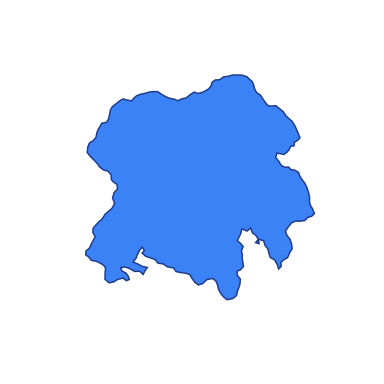 the district of Piedade do Rio Grande, Minas Gerais, Brazil, rotated 311°
{"feature_id": "56859067B43663283125641", "entity_name": "Piedade do Rio Grande", "entity_type": "district", "adm_level": 2, "iso_a3": "BRA", "parent_name": "Brazil", "parent_adm1": "Minas Gerais", "projection": "orthographic", "projection_center": [-44.166, -21.486], "detail": "fine", "context": "isolated", "style": "filled", "palette": "blue", "viewbox_px": 384, "rotation_deg": 311, "n_neighbors": 0, "source": "geoboundaries", "source_scale": "gbopen_adm2", "svg_char_len": 2945}
<svg xmlns="http://www.w3.org/2000/svg" viewBox="0 0 384 384"><g transform="rotate(311 192 192)"><path d="M138.4,292.7L143.3,293.5L146.6,291.5L149.7,290.4L153.8,288.7L158.0,285.6L158.9,280.6L162.0,278.0L165.1,279.7L169.6,279.7L172.7,276.0L175.0,273.2L177.5,271.4L180.1,267.8L184.4,266.4L185.1,262.1L185.0,258.0L188.5,257.2L192.7,256.0L197.0,253.9L198.6,259.1L203.3,260.0L200.8,264.4L201.1,268.9L199.8,273.2L202.3,278.0L199.7,282.0L198.8,286.7L196.3,290.1L193.9,294.0L195.0,298.8L193.0,304.3L190.8,307.9L194.3,308.1L197.1,305.4L200.5,305.5L205.1,307.2L210.4,305.5L214.9,304.8L218.0,301.3L220.5,297.4L221.5,292.3L223.6,288.3L228.1,287.6L234.0,287.4L237.7,289.0L240.8,292.6L244.4,295.8L248.8,296.1L252.2,298.2L256.0,298.6L258.3,294.2L259.8,289.7L261.8,286.9L264.9,284.5L267.6,280.9L270.6,276.1L272.6,271.4L273.7,266.3L274.7,263.0L276.6,259.7L276.0,255.6L273.8,251.9L274.2,248.5L271.6,245.8L270.6,241.9L272.1,237.4L272.9,232.6L276.9,230.5L279.0,233.7L280.6,236.7L284.7,237.6L288.1,237.5L291.1,236.4L293.8,238.7L296.5,236.7L300.3,237.8L303.7,238.0L306.7,232.1L309.2,226.8L311.0,221.4L311.0,217.8L311.1,212.9L312.5,208.1L312.3,203.3L312.1,198.5L308.8,195.5L307.0,192.7L307.7,188.4L308.9,183.9L310.0,180.0L309.4,175.5L311.2,171.1L313.2,168.3L314.8,165.2L314.8,161.7L315.0,157.8L313.0,153.0L309.6,148.9L306.7,145.7L303.2,143.5L299.6,140.3L294.8,139.2L291.8,136.0L287.8,135.2L284.9,136.7L281.3,137.0L278.3,136.2L274.1,134.5L270.2,131.8L268.8,128.1L264.5,126.8L259.1,125.9L255.8,123.3L251.5,121.3L250.3,117.4L248.0,113.6L246.8,110.1L246.0,106.2L245.2,100.1L241.5,96.0L238.9,93.9L235.5,91.7L231.9,89.0L228.1,87.0L224.1,86.5L221.0,86.6L218.8,82.5L216.9,78.8L212.6,77.5L207.6,76.6L204.1,75.9L200.4,76.6L196.3,79.0L192.0,81.3L188.1,81.6L184.8,78.8L181.6,79.5L178.4,80.0L174.8,81.1L170.0,83.8L165.5,83.6L161.9,82.4L157.6,83.8L153.1,87.0L152.1,91.9L151.8,97.1L151.3,102.4L150.3,105.9L150.5,110.6L152.6,114.9L151.9,119.7L148.4,123.1L148.0,126.5L148.6,130.3L145.4,133.8L140.4,133.6L135.4,136.0L132.5,141.2L127.2,142.3L122.2,141.6L118.1,141.0L112.9,141.8L107.6,141.2L103.0,141.1L99.8,141.2L96.5,143.6L94.7,148.2L91.1,149.1L86.6,150.1L82.4,151.4L78.0,150.7L74.8,153.0L75.2,156.8L74.4,160.9L77.0,165.3L78.2,169.9L78.7,173.4L77.9,176.7L75.1,178.6L72.2,180.9L69.0,183.7L69.1,189.1L73.0,192.0L77.2,193.2L81.7,196.3L82.0,200.6L84.8,202.1L86.6,199.2L87.5,195.2L86.4,191.0L88.3,187.9L91.4,190.6L93.2,194.6L94.4,200.8L97.9,204.6L97.7,209.2L101.9,208.2L105.8,207.8L103.2,203.3L102.2,198.5L100.5,193.5L105.5,193.2L108.5,192.0L113.1,190.8L117.6,190.4L116.7,194.4L113.1,194.4L113.1,199.2L115.2,204.4L116.8,208.2L116.0,213.1L118.8,217.4L119.4,222.5L122.6,228.0L121.5,232.1L123.5,235.9L126.4,240.1L128.2,244.4L126.7,249.0L125.7,253.4L126.1,257.8L129.8,260.1L135.6,260.7L140.1,264.1L140.6,268.2L138.6,272.3L136.1,275.6L134.3,280.1L133.5,285.1L133.8,289.2L138.4,292.7ZM199.8,273.2L195.5,273.2L197.0,276.5L199.8,273.2Z" fill="#3b82f6" stroke="#1e3a8a" stroke-width="1.5"/></g></svg>